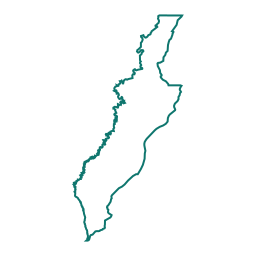 the district of Centro Novo do Maranhão, Maranhão, Brazil
{"feature_id": "56859067B37138273453889", "entity_name": "Centro Novo do Maranhão", "entity_type": "district", "adm_level": 2, "iso_a3": "BRA", "parent_name": "Brazil", "parent_adm1": "Maranhão", "projection": "orthographic", "projection_center": [-46.631, -3.068], "detail": "fine", "context": "isolated", "style": "outline", "palette": "teal", "viewbox_px": 256, "rotation_deg": 0, "n_neighbors": 0, "source": "geoboundaries", "source_scale": "gbopen_adm2", "svg_char_len": 5794}
<svg xmlns="http://www.w3.org/2000/svg" viewBox="0 0 256 256"><path d="M139.9,55.5L140.0,60.0L140.2,60.8L140.8,61.5L140.1,62.3L140.0,63.2L141.1,64.7L141.2,65.2L140.4,66.1L140.4,66.9L140.9,67.5L142.1,68.0L142.3,68.3L142.2,68.9L138.1,69.7L136.3,70.3L135.4,70.0L134.9,69.2L134.5,69.3L133.2,70.4L133.4,71.7L134.6,72.7L134.8,73.3L134.4,74.3L133.1,74.2L132.3,75.3L132.5,78.1L128.2,79.1L127.4,79.6L126.9,79.6L125.9,79.2L124.7,79.7L123.8,80.7L123.2,83.4L122.8,83.4L121.6,80.7L121.3,81.0L119.9,81.2L120.3,82.0L120.2,83.5L118.6,84.4L118.5,85.7L118.2,85.9L116.8,85.2L117.1,86.1L115.4,86.6L114.4,88.0L114.3,88.8L114.8,89.8L114.8,90.4L114.1,90.8L114.6,91.1L116.3,90.5L116.5,90.9L115.9,91.7L116.6,92.8L116.7,93.7L117.3,93.6L117.8,92.9L118.4,93.5L118.9,95.0L118.2,96.0L118.0,96.8L118.5,97.9L119.4,99.0L120.0,98.9L121.2,98.2L121.3,97.4L121.6,97.0L122.1,97.2L122.4,98.0L122.3,99.9L122.5,100.4L123.2,100.3L123.3,101.0L122.9,101.2L123.3,101.8L123.6,102.0L124.2,101.5L124.2,102.1L124.9,102.9L124.6,103.0L124.3,102.8L123.6,103.3L122.1,102.2L120.8,101.6L120.3,102.3L121.2,103.4L120.9,104.7L120.6,104.5L119.9,104.9L117.9,104.1L117.9,104.6L118.9,105.1L118.3,105.9L118.0,107.5L117.3,107.6L116.3,107.0L114.7,106.8L113.4,107.6L113.4,108.6L114.0,108.6L115.3,109.7L115.1,110.3L116.3,112.9L114.7,113.7L114.3,114.3L114.4,114.7L114.9,115.4L116.2,115.6L117.0,116.3L117.0,116.9L116.9,117.4L115.5,117.6L115.5,118.1L116.4,118.1L116.8,118.4L116.8,120.0L115.6,120.1L114.7,119.7L114.3,120.1L114.2,120.6L114.4,121.0L115.8,121.7L114.3,122.2L114.8,123.5L114.8,124.0L113.9,124.1L113.8,126.3L114.2,127.8L113.3,129.0L113.8,131.0L112.5,130.8L110.5,131.6L110.9,133.5L110.5,134.4L109.6,134.4L109.9,133.2L109.3,132.6L108.6,132.8L107.9,134.1L106.1,133.9L105.8,134.3L106.3,135.5L108.1,134.6L107.9,136.4L109.0,137.3L109.0,137.7L108.3,138.3L107.0,138.4L105.9,138.8L106.4,140.2L105.5,141.4L104.3,140.1L103.3,140.1L103.5,140.5L104.6,141.1L104.8,141.9L103.6,142.4L103.4,142.7L103.5,143.1L104.9,143.6L105.2,144.3L104.9,144.6L104.4,144.0L103.4,144.4L102.8,144.4L102.4,144.7L102.3,145.2L102.7,146.3L102.4,147.3L101.7,147.7L100.7,147.0L99.8,147.3L99.6,149.0L100.0,149.4L100.0,149.9L98.9,150.6L98.5,150.1L98.2,150.2L98.0,150.8L99.2,151.8L99.0,152.4L97.9,152.8L97.4,153.4L98.8,153.8L98.6,154.8L97.7,155.1L97.1,154.9L95.8,156.2L94.9,155.7L94.5,157.1L94.8,157.6L94.1,158.1L93.8,158.3L93.1,156.9L92.7,156.6L92.3,156.7L93.0,157.3L92.7,158.0L92.1,158.6L91.6,158.7L91.6,158.2L90.9,157.6L90.4,157.6L90.4,158.4L89.2,159.2L89.3,159.6L88.5,160.2L88.8,160.7L88.5,161.1L88.2,161.3L88.0,161.1L87.7,160.4L86.6,160.9L86.8,161.2L86.6,161.9L86.1,162.1L85.9,161.8L85.4,162.0L84.9,161.8L84.4,162.2L85.2,163.1L85.2,163.6L85.0,164.2L84.2,163.7L83.9,164.0L84.2,164.4L83.9,165.4L84.0,165.9L84.6,166.2L84.7,166.9L83.3,167.2L83.1,167.7L83.2,169.0L84.1,169.0L84.6,169.9L84.2,170.3L83.9,170.0L83.5,170.1L83.9,171.1L83.5,170.9L83.1,171.3L83.1,171.8L83.8,172.0L83.9,172.9L83.8,173.2L83.4,173.2L82.8,172.7L81.6,172.9L82.6,175.2L82.4,175.4L82.2,175.0L81.9,175.1L81.4,174.6L80.2,175.3L81.5,177.1L81.6,177.5L80.7,177.7L80.8,179.0L79.8,179.0L78.8,179.9L77.8,179.6L77.7,180.5L77.3,180.9L77.0,181.2L76.7,180.9L76.3,181.1L76.4,182.1L76.0,183.0L74.8,182.4L74.0,182.7L74.3,183.3L73.9,183.8L74.2,183.8L74.8,184.6L75.1,184.6L74.5,185.3L74.1,185.4L74.0,185.8L75.1,186.7L74.8,186.8L74.6,187.2L75.2,187.6L75.1,188.0L75.4,188.4L75.2,189.3L75.5,189.7L75.2,190.0L75.3,191.1L74.5,191.6L74.8,192.4L75.3,192.9L75.0,195.8L75.7,196.7L76.7,197.1L78.1,198.3L78.4,199.1L79.8,200.8L80.1,201.8L80.6,201.9L80.8,202.2L80.5,202.5L81.4,204.4L81.4,205.3L81.8,206.1L82.2,206.3L82.3,207.3L82.7,207.4L82.8,208.0L83.4,208.7L83.1,209.8L83.4,210.0L83.1,210.2L83.8,212.0L84.0,213.7L85.2,217.4L84.7,219.9L84.8,220.2L84.3,221.7L84.3,222.7L84.9,223.7L84.8,224.2L85.4,225.5L85.3,226.7L85.6,227.0L86.4,229.5L87.0,230.2L87.3,232.1L87.1,232.9L87.5,233.5L87.4,234.1L87.9,235.4L87.9,237.7L87.3,238.4L87.5,239.5L86.3,240.6L87.6,240.6L88.6,240.2L89.2,239.4L90.2,235.9L90.8,235.1L92.6,234.6L95.4,231.4L97.0,231.1L98.4,231.2L99.7,230.9L100.2,230.3L102.5,229.6L102.8,229.0L104.6,228.3L104.9,227.4L104.6,226.0L104.9,224.8L105.0,220.5L110.3,217.5L111.1,216.5L111.6,215.1L108.6,213.2L108.0,212.1L108.3,209.7L107.5,209.0L107.4,207.9L107.1,207.7L107.0,207.3L107.2,206.3L108.3,205.3L110.6,201.7L111.1,199.1L111.7,198.4L111.4,196.3L112.0,195.2L118.9,188.2L122.0,186.6L124.6,184.5L128.1,180.5L133.0,176.0L136.1,174.2L137.8,174.2L141.0,168.8L142.9,164.8L144.6,158.8L144.8,153.4L145.4,150.8L144.4,145.7L144.3,143.9L144.7,142.0L145.6,140.4L146.7,138.8L154.8,130.3L156.5,128.8L159.8,126.8L163.1,125.5L165.8,123.8L167.6,121.6L167.9,118.0L168.8,115.8L169.8,114.5L175.1,110.2L175.2,109.4L174.1,106.9L174.1,105.6L174.9,103.6L177.5,101.1L178.5,99.2L178.5,96.9L179.6,95.3L180.0,93.1L181.0,91.9L179.8,89.8L179.8,88.9L180.6,87.1L181.5,85.8L180.3,85.3L168.5,85.3L168.2,84.0L165.9,81.3L162.8,79.7L160.8,77.4L160.7,76.4L161.6,75.6L161.6,74.9L160.2,72.9L159.9,70.2L157.8,66.1L157.5,63.5L158.0,62.9L160.3,62.6L163.3,60.9L163.5,57.3L165.3,54.9L165.9,52.6L167.6,50.9L168.0,45.0L168.8,41.8L169.5,39.9L171.0,38.7L172.5,34.6L172.5,33.8L173.4,32.2L173.4,31.8L172.0,31.3L176.6,24.9L177.7,20.2L181.4,16.7L182.1,15.5L159.5,15.4L158.4,15.9L158.2,16.3L158.4,17.2L158.0,18.7L158.9,20.4L159.0,21.4L158.5,23.0L157.3,23.9L156.7,24.8L155.5,25.5L155.5,26.0L155.9,26.4L157.2,26.6L157.3,26.9L151.6,31.3L151.2,32.5L150.6,33.1L150.6,33.9L150.3,34.4L148.4,35.1L147.4,36.6L146.4,37.4L145.4,37.6L144.9,37.2L143.8,36.3L143.4,35.2L141.0,36.0L141.1,36.9L142.3,38.1L142.7,39.7L141.9,41.7L140.9,42.8L140.9,46.9L138.5,49.3L137.4,50.0L137.0,51.5L138.1,52.6L138.5,52.6L139.7,51.8L140.9,50.2L141.5,50.1L142.8,50.1L143.3,50.8L143.3,51.4L142.0,52.4L141.4,54.3L139.9,55.5ZM118.3,105.9L118.4,105.6L118.2,105.2L117.9,105.4L118.0,106.0L118.3,105.9Z" fill="none" stroke="#0f766e" stroke-width="2"/></svg>